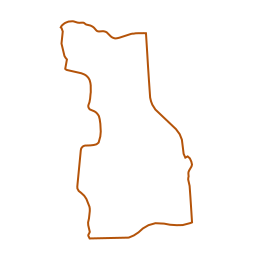 map outline of Donga (orthographic projection), rotated 177°
{"feature_id": "BEN-2182", "entity_name": "Donga", "entity_type": "Department", "adm_level": 1, "iso_a3": "BEN", "parent_name": "Benin", "parent_adm1": "", "projection": "orthographic", "projection_center": [1.891, 9.258], "detail": "fine", "context": "isolated", "style": "outline", "palette": "amber", "viewbox_px": 256, "rotation_deg": 177, "n_neighbors": 0, "source": "natural_earth", "source_scale": "10m", "svg_char_len": 2032}
<svg xmlns="http://www.w3.org/2000/svg" viewBox="0 0 256 256"><g transform="rotate(177 128 128)"><path d="M69.9,96.5L67.8,94.4L66.5,91.0L66.0,88.1L66.6,86.3L69.1,82.5L69.9,80.8L70.1,79.3L70.0,76.5L70.4,75.1L70.6,73.4L69.5,66.9L69.3,56.0L69.1,40.7L69.0,30.4L70.7,29.8L78.5,28.2L84.4,28.4L91.1,29.2L96.9,30.6L105.6,31.5L112.6,29.9L118.4,26.9L123.0,23.2L127.8,20.4L133.0,18.5L172.1,19.7L173.3,22.5L173.2,23.2L173.0,23.8L172.8,24.0L172.7,24.1L171.6,26.2L172.8,33.0L172.8,35.8L171.7,39.7L170.5,47.1L170.4,49.5L170.6,51.4L173.2,59.1L173.5,59.7L175.3,62.7L178.2,65.7L180.5,67.7L181.7,70.2L181.7,72.2L176.3,108.2L175.8,110.0L175.2,110.8L174.4,111.6L173.9,112.0L173.3,112.3L172.6,112.5L171.8,112.7L166.6,112.6L163.3,112.8L161.1,113.2L160.4,113.4L159.4,114.0L158.1,115.0L156.1,121.0L155.4,125.8L155.4,133.7L155.8,138.2L156.4,141.2L156.7,141.9L157.4,143.1L158.2,144.2L159.0,145.1L159.7,145.7L160.7,146.4L164.8,148.4L165.3,148.7L165.7,149.3L166.3,150.4L166.5,151.3L166.5,152.3L166.3,153.0L165.1,155.9L164.3,159.3L163.6,164.1L163.3,165.7L163.0,172.6L163.2,174.9L163.8,177.8L164.3,178.9L164.8,179.9L165.6,181.0L166.6,182.1L167.6,183.0L168.9,183.8L171.7,185.1L185.5,189.0L186.4,189.3L186.8,189.6L187.6,190.4L186.4,195.4L185.4,199.7L186.7,201.4L187.7,203.3L190.0,215.8L188.1,227.8L189.1,231.2L189.9,232.0L188.8,233.7L186.9,235.2L185.7,236.0L184.0,236.7L181.7,237.4L178.4,237.5L177.6,237.5L176.7,237.3L172.9,235.9L171.2,235.6L167.9,235.6L167.1,235.5L166.4,235.2L164.9,233.9L164.3,233.5L160.2,232.3L158.9,231.6L157.7,230.8L156.7,229.9L154.6,227.2L154.1,226.7L153.5,226.3L152.8,226.1L152.0,225.9L147.8,226.0L147.0,225.8L146.2,225.6L145.5,225.3L144.8,225.0L144.2,224.6L140.5,220.5L139.5,219.6L138.3,218.9L136.8,218.3L135.9,218.1L134.3,218.2L132.0,218.6L120.0,221.8L118.4,222.0L117.7,221.9L115.1,222.2L107.6,221.9L105.1,221.7L104.9,203.0L104.8,190.0L104.6,174.7L104.3,157.2L103.6,153.4L102.5,150.0L99.7,145.0L91.1,135.9L80.1,124.3L79.4,123.2L76.7,119.1L74.8,113.5L73.8,99.3L72.3,95.4L69.9,96.5Z" fill="none" stroke="#b45309" stroke-width="2"/></g></svg>